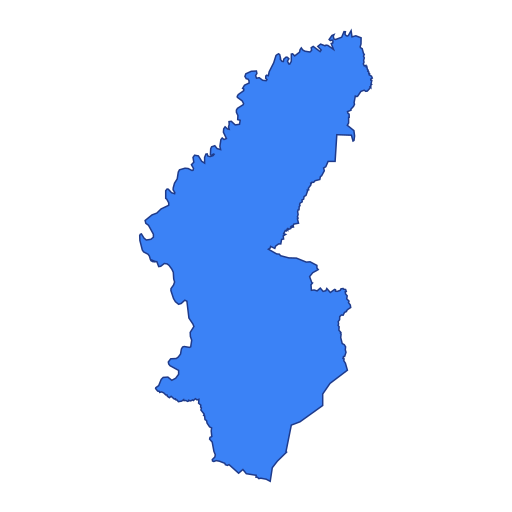 the district of Savelugu, Northern, Ghana
{"feature_id": "2480657B27215926841583", "entity_name": "Savelugu", "entity_type": "district", "adm_level": 2, "iso_a3": "GHA", "parent_name": "Ghana", "parent_adm1": "Northern", "projection": "robinson", "projection_center": [-0.823, 9.867], "detail": "fine", "context": "isolated", "style": "filled", "palette": "blue", "viewbox_px": 512, "rotation_deg": 0, "n_neighbors": 0, "source": "geoboundaries", "source_scale": "gbopen_adm2", "svg_char_len": 5980}
<svg xmlns="http://www.w3.org/2000/svg" viewBox="0 0 512 512"><path d="M227.5,465.4L229.0,464.6L238.6,473.2L242.9,469.5L246.3,473.7L256.2,475.3L256.0,477.2L257.4,477.2L258.8,478.6L260.8,478.2L266.2,479.2L270.2,481.3L272.3,467.7L277.4,461.1L286.6,452.1L286.0,451.6L291.3,425.1L300.0,421.8L322.7,405.5L322.7,394.0L330.0,383.4L347.4,370.2L345.4,363.2L343.8,360.7L344.1,358.9L343.0,358.5L343.5,356.5L344.6,356.5L346.0,352.3L345.3,349.8L345.6,346.8L344.3,344.7L342.2,343.5L340.7,337.6L341.1,334.0L340.4,333.1L340.9,332.5L338.9,330.2L339.1,326.7L338.1,325.3L338.6,323.9L338.2,321.6L339.6,319.7L339.7,316.6L341.4,315.0L343.1,315.2L344.5,312.4L346.5,311.5L346.5,310.7L348.1,309.2L350.7,307.5L350.3,305.0L348.5,302.6L349.0,301.1L346.7,298.8L347.2,295.8L345.6,294.0L345.2,291.8L346.3,291.5L345.6,289.5L343.5,289.2L343.1,288.5L341.0,288.8L340.3,290.3L337.3,291.4L335.5,291.2L335.5,289.7L334.6,289.4L330.3,292.5L326.8,288.5L325.8,290.7L323.1,291.4L320.3,288.1L317.1,290.9L314.2,290.0L311.4,290.3L311.0,284.8L312.5,283.0L311.8,282.7L309.6,276.6L312.7,272.7L318.2,269.6L316.9,268.0L316.9,265.4L310.1,261.8L306.3,262.1L296.4,258.1L288.9,257.9L280.5,255.7L279.4,254.2L276.6,253.9L268.4,249.2L270.3,247.9L270.6,246.4L274.8,248.4L275.6,246.1L278.6,243.9L280.8,243.9L281.6,239.4L283.6,239.0L283.2,235.9L285.6,234.4L283.6,233.7L285.3,230.5L286.2,231.0L287.1,229.3L287.8,230.2L288.1,228.6L289.0,229.2L290.8,228.5L291.2,227.1L290.7,226.9L291.2,226.3L292.1,225.9L292.1,227.2L293.5,227.0L293.1,225.7L293.8,224.1L298.5,223.2L297.4,218.8L298.1,218.1L297.4,216.9L298.1,214.5L297.6,211.6L298.2,209.8L299.0,209.7L299.2,206.5L300.0,205.7L299.6,204.3L300.1,203.1L302.2,201.8L302.0,199.9L303.6,199.2L304.1,196.5L306.0,195.4L307.6,190.8L307.3,190.1L308.7,189.8L308.4,188.2L310.9,184.9L310.7,183.2L311.4,183.3L311.8,182.3L313.7,182.3L315.1,180.7L319.8,179.5L320.4,176.6L321.6,175.8L324.3,170.8L323.6,168.0L325.8,166.7L328.1,161.4L335.1,161.4L336.8,134.7L351.4,135.2L353.0,141.0L354.0,140.4L354.6,136.0L353.9,130.6L347.3,125.3L348.6,123.0L348.6,117.4L349.2,117.3L349.1,114.1L348.0,113.4L347.5,111.6L351.0,110.2L350.9,109.2L353.5,106.4L354.5,104.3L354.1,102.6L355.3,96.1L356.9,96.6L357.8,96.0L360.9,91.4L364.2,90.2L365.7,91.3L367.3,91.1L369.4,88.8L370.3,87.7L369.9,86.9L370.5,86.5L370.8,87.0L370.8,85.3L371.6,84.4L371.0,84.1L371.8,80.5L370.9,80.3L370.7,79.1L372.3,78.1L371.5,76.2L369.2,74.8L369.6,73.8L368.8,73.5L368.9,72.0L367.8,71.3L368.2,70.2L367.4,69.5L366.8,66.5L366.2,66.8L366.0,65.4L364.3,65.9L363.3,63.9L364.0,62.2L363.6,60.4L364.3,57.9L363.5,56.2L364.3,54.3L363.6,53.8L362.2,48.7L360.4,47.6L360.2,46.7L361.0,43.9L361.1,37.8L355.8,35.8L352.0,36.9L351.1,30.7L348.3,35.6L347.1,36.1L346.0,35.5L345.0,34.2L345.4,31.7L344.0,31.6L341.7,37.2L335.6,39.5L333.9,39.0L333.3,36.1L334.0,34.6L331.9,35.5L329.1,39.5L330.3,40.6L332.2,40.1L333.0,41.1L332.7,43.1L331.2,43.5L333.5,49.4L327.8,45.4L326.0,45.1L325.0,45.8L320.6,44.1L317.8,46.4L321.2,50.0L320.1,51.6L313.2,46.4L311.2,47.7L311.6,50.4L309.9,52.0L304.9,51.2L302.7,49.9L301.3,47.9L300.1,49.6L299.5,52.2L294.7,55.9L292.6,53.8L291.3,54.1L291.3,61.3L289.7,64.1L288.8,64.0L287.4,61.1L288.9,58.8L287.4,57.3L286.1,57.1L283.8,59.1L283.4,61.5L282.0,61.4L280.2,59.0L280.6,58.5L279.7,54.6L278.6,53.8L277.1,54.6L276.0,55.5L273.7,62.8L269.2,71.7L268.3,75.7L266.6,75.2L265.8,76.0L265.7,78.3L267.0,79.6L266.2,80.7L262.7,80.3L259.2,77.7L256.5,78.2L255.6,75.6L256.9,73.4L256.4,71.0L251.2,71.3L245.8,73.8L244.9,76.4L246.2,78.7L248.0,79.1L249.0,80.6L249.1,83.0L244.5,85.2L242.6,88.4L243.8,89.0L243.7,90.7L238.3,94.5L237.2,96.4L237.4,97.4L242.2,100.9L243.6,103.6L243.2,104.7L237.5,108.3L236.4,110.1L236.4,112.3L237.9,115.5L237.7,119.6L240.2,120.3L239.5,124.3L235.2,124.9L231.3,121.3L229.0,121.6L229.2,124.4L228.5,127.0L229.2,129.3L227.4,128.9L225.1,126.8L223.7,128.8L223.4,132.2L226.4,138.5L224.0,139.5L222.2,138.0L220.9,139.6L219.9,146.2L220.6,149.6L217.1,148.6L214.8,145.7L211.6,146.8L210.7,148.8L210.4,154.6L211.4,155.5L213.4,154.0L214.1,154.3L213.1,155.6L210.1,156.6L207.8,156.0L207.2,153.9L205.9,154.1L204.6,157.4L204.6,163.1L201.7,161.3L198.4,155.9L194.6,155.2L193.0,157.4L193.8,162.2L191.4,164.7L193.5,168.4L193.0,170.3L192.0,170.5L188.1,168.5L185.0,168.2L179.5,169.8L178.3,172.0L177.2,178.9L174.5,183.2L173.2,187.9L173.1,189.8L174.8,192.5L174.6,193.7L171.5,192.7L168.3,189.2L167.1,189.0L165.7,190.7L165.7,198.4L166.7,199.1L168.7,202.8L168.7,205.3L161.1,208.9L156.8,213.1L152.0,214.9L145.1,220.5L145.8,223.3L148.5,225.3L153.4,234.2L153.4,237.2L150.9,239.3L146.3,240.0L144.0,238.1L141.4,233.9L140.3,234.3L139.7,235.5L139.9,240.5L142.3,250.0L143.6,251.9L148.0,254.2L149.3,255.9L150.4,259.5L154.3,261.1L152.3,261.1L150.6,260.0L151.0,260.7L152.9,261.7L155.5,261.1L153.7,261.9L156.8,261.6L158.7,266.6L160.7,266.3L164.3,263.5L167.1,263.9L169.1,265.4L171.9,269.3L173.3,272.3L173.7,278.9L174.6,282.0L173.5,285.1L171.0,288.6L170.9,290.6L173.5,298.5L175.4,301.7L178.6,304.3L181.2,303.5L184.8,300.2L186.9,301.2L188.9,318.0L192.9,324.0L193.9,326.5L190.2,332.4L190.4,336.5L191.7,340.2L190.7,346.8L189.5,347.4L184.2,346.5L182.6,347.0L181.4,349.0L180.5,354.1L178.2,357.1L176.2,358.5L170.7,358.8L168.3,362.0L168.7,364.0L170.0,365.7L178.6,370.4L178.6,374.3L175.7,378.2L171.8,380.3L167.9,377.1L163.2,377.4L161.2,379.4L158.7,385.6L155.8,387.7L155.6,388.6L157.7,391.1L159.4,391.4L159.7,392.4L161.5,391.9L163.6,392.8L165.9,395.0L167.0,395.0L167.4,396.3L169.4,397.7L171.1,396.3L174.3,399.1L175.5,398.8L175.9,399.9L177.1,400.1L178.4,401.7L181.7,401.1L183.7,399.6L184.0,400.6L185.9,400.5L187.6,401.4L188.9,400.9L188.8,400.3L190.7,400.9L192.7,399.9L193.4,400.5L195.4,398.7L197.0,399.9L198.9,399.3L198.6,403.2L200.8,405.1L200.6,407.1L201.4,407.9L200.9,410.0L204.2,414.2L203.6,415.4L204.6,415.9L205.0,419.6L206.5,420.5L207.1,423.2L209.6,426.9L211.6,427.9L211.2,430.9L211.8,436.5L210.0,437.4L209.6,439.1L212.2,442.1L213.9,451.3L215.3,454.8L214.8,457.1L212.3,459.5L212.5,461.0L213.8,461.5L216.2,460.6L219.4,461.2L224.8,463.3L225.4,464.7L227.5,465.4Z" fill="#3b82f6" stroke="#1e3a8a" stroke-width="1.5"/></svg>